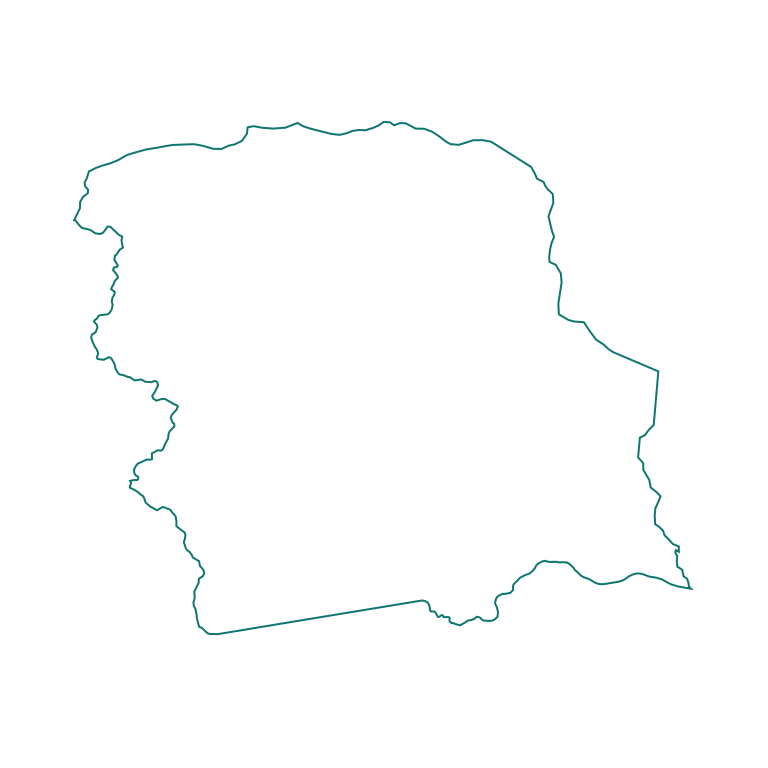 Wapenamanda District, Enga, Papua New Guinea (Robinson projection), rotated 94°
{"feature_id": "67681753B41439794831053", "entity_name": "Wapenamanda District", "entity_type": "district", "adm_level": 2, "iso_a3": "PNG", "parent_name": "Papua New Guinea", "parent_adm1": "Enga", "projection": "robinson", "projection_center": [143.904, -5.661], "detail": "fine", "context": "isolated", "style": "outline", "palette": "teal", "viewbox_px": 768, "rotation_deg": 94, "n_neighbors": 0, "source": "geoboundaries", "source_scale": "gbopen_adm2", "svg_char_len": 5182}
<svg xmlns="http://www.w3.org/2000/svg" viewBox="0 0 768 768"><g transform="rotate(94 384 384)"><path d="M242.1,704.5L242.0,703.4L245.9,700.1L249.2,696.5L249.9,693.3L250.7,687.9L253.8,682.6L254.2,677.8L252.7,674.8L248.7,672.2L246.2,670.6L246.3,667.9L254.0,658.5L254.5,656.6L255.4,655.5L259.0,655.9L266.2,654.0L268.5,657.1L273.4,659.7L274.9,661.5L275.7,661.4L278.9,661.6L284.2,657.9L285.7,658.4L286.8,661.7L289.4,662.2L291.5,660.0L293.8,658.0L296.0,656.8L297.9,658.0L300.1,659.9L302.8,660.5L306.3,662.2L308.4,662.8L309.5,661.2L310.7,659.2L313.1,659.0L317.2,661.0L320.8,661.3L324.3,660.2L328.8,660.9L332.6,663.0L333.8,664.8L335.2,672.2L336.3,673.9L338.6,674.7L340.3,676.9L342.0,677.7L343.8,675.8L345.3,674.4L347.7,673.8L352.5,675.3L355.1,678.8L358.1,679.4L361.1,678.1L365.9,675.8L369.6,673.0L372.2,671.7L374.1,671.3L377.3,672.4L378.9,671.5L379.4,667.1L379.4,665.3L376.4,660.3L377.3,658.0L381.6,654.9L383.8,653.9L387.4,652.9L390.6,650.9L392.8,648.8L393.6,643.7L394.8,640.3L395.1,637.6L396.4,635.5L397.8,633.1L397.3,629.9L396.4,627.1L397.3,624.5L398.4,622.4L398.4,616.0L397.0,613.0L397.1,611.5L398.8,609.9L401.4,609.4L407.4,611.8L412.2,614.4L414.7,613.1L416.5,609.8L414.5,604.8L414.1,601.8L415.4,598.9L418.6,592.4L419.7,589.2L420.7,588.1L423.9,589.1L429.7,593.6L432.6,594.4L436.9,592.4L438.4,590.6L440.7,590.1L446.3,594.6L449.0,595.4L453.6,595.6L458.4,597.9L464.5,600.0L466.1,601.7L465.8,604.9L469.4,610.7L475.0,610.2L476.0,612.3L475.8,615.2L480.6,624.0L483.6,626.1L487.0,627.4L490.0,626.9L492.2,625.7L493.8,622.8L495.7,622.6L497.0,623.4L497.3,627.0L498.4,630.6L500.4,629.3L503.5,630.4L505.1,630.3L507.2,625.3L508.9,622.1L511.2,619.2L512.6,616.6L515.4,614.9L518.9,613.6L522.5,608.7L525.8,601.5L522.2,596.4L522.3,595.2L524.3,588.5L527.0,586.2L530.5,582.7L535.4,581.5L540.3,581.2L544.0,575.8L546.0,572.6L548.1,571.6L552.0,571.7L555.3,572.6L556.3,572.4L561.9,570.1L563.6,568.7L565.3,566.0L568.1,563.7L570.4,562.6L573.7,556.1L578.2,555.0L582.3,551.0L585.4,550.2L588.2,551.2L589.9,553.4L591.2,555.1L595.7,555.1L604.3,558.8L610.9,557.9L615.5,558.9L618.7,558.2L621.8,556.3L627.7,554.7L630.1,554.5L639.1,551.5L640.0,548.7L645.0,542.6L645.5,540.2L645.1,532.3L621.6,433.5L597.7,332.6L597.3,331.3L597.4,330.5L597.4,330.0L597.5,328.9L597.6,327.9L598.0,327.2L598.4,326.3L598.9,325.4L599.9,324.4L601.2,323.6L605.6,322.4L606.5,322.3L607.6,321.3L607.5,320.3L607.5,318.5L607.8,317.3L608.9,316.3L611.1,314.9L611.9,314.5L612.7,313.6L612.4,312.7L610.4,310.2L611.1,308.9L612.3,308.2L612.3,306.9L612.1,304.7L612.0,303.1L612.9,302.2L613.8,302.1L615.4,302.2L616.5,301.9L616.9,300.8L617.9,300.0L617.5,298.5L617.9,297.7L618.2,297.0L619.4,291.5L619.4,291.2L618.4,289.7L615.4,285.2L614.3,284.0L613.6,282.0L613.5,280.4L612.8,279.7L612.5,278.1L611.4,276.9L611.1,276.9L609.7,275.0L610.0,273.0L610.6,271.4L612.0,270.2L612.7,269.0L613.0,267.9L613.0,262.0L612.6,260.0L611.5,257.6L608.5,254.6L604.0,254.3L599.3,255.6L595.3,257.8L593.8,257.9L590.4,257.2L588.3,256.1L587.2,254.9L585.1,251.0L585.1,249.4L583.6,243.5L582.6,242.6L580.2,240.7L577.1,241.3L575.3,240.9L573.2,239.4L570.4,236.7L569.0,235.9L567.2,234.0L564.3,228.9L563.2,226.0L560.3,222.9L557.5,220.8L555.9,220.1L553.9,219.2L552.8,218.1L552.8,217.7L552.4,217.3L552.1,217.3L551.7,216.9L549.3,212.2L549.2,210.3L549.9,208.3L549.8,203.2L549.5,202.8L549.4,198.1L549.8,197.7L549.7,195.3L549.4,194.9L549.3,189.0L551.0,185.8L554.1,182.2L556.1,180.6L561.3,174.2L562.6,171.9L564.3,165.9L567.3,160.0L568.3,156.8L568.6,154.0L568.2,150.1L564.9,136.4L563.5,132.5L561.7,129.8L558.6,125.9L556.4,122.0L555.3,118.5L555.3,114.1L557.6,105.8L558.2,99.1L559.5,93.2L562.9,86.0L563.9,83.3L565.5,76.2L566.8,63.5L564.9,65.7L561.9,66.2L557.2,68.0L555.0,71.7L548.5,73.6L545.7,78.7L540.9,79.5L535.2,79.5L531.9,81.6L529.4,81.3L530.8,78.2L525.5,78.6L523.5,84.7L518.8,89.5L515.3,93.6L510.9,95.4L507.2,99.7L504.8,103.8L496.1,104.8L489.0,104.6L483.3,102.4L476.7,100.3L472.5,105.0L468.6,110.8L461.2,112.7L456.4,116.0L451.5,119.3L444.8,120.0L439.5,125.4L419.7,125.0L416.7,120.0L411.4,116.8L406.2,112.1L352.3,111.2L336.1,158.0L333.5,162.5L329.3,167.7L325.2,175.2L317.6,181.9L308.4,188.9L308.4,198.7L307.3,204.4L302.3,214.4L291.7,215.7L270.2,213.9L261.2,215.4L253.1,221.0L250.7,227.3L246.5,228.1L241.5,227.9L237.2,227.6L231.5,226.6L225.3,224.6L219.7,227.1L216.2,228.2L205.3,231.6L191.4,227.7L182.8,228.9L178.5,234.0L175.3,236.9L171.4,238.8L168.5,245.7L163.4,248.3L157.2,252.4L134.8,294.1L133.9,302.8L134.6,312.0L137.5,319.1L140.2,326.3L140.1,334.4L137.7,339.4L132.8,346.7L129.0,353.6L126.6,361.5L127.0,370.4L125.5,373.5L122.5,380.3L122.5,385.9L125.2,392.0L122.6,396.1L122.5,402.5L126.6,407.7L129.3,412.8L132.2,420.4L132.3,426.8L133.8,433.2L136.5,438.8L138.6,445.8L138.2,454.2L136.9,461.1L135.6,468.6L134.2,476.0L132.5,482.7L129.6,488.5L135.2,500.3L136.9,512.2L136.9,523.0L135.9,532.0L137.4,537.9L144.0,538.2L151.5,542.8L155.4,549.8L157.2,555.8L160.8,562.3L161.3,570.8L159.1,581.0L158.0,590.2L159.4,603.7L160.3,611.5L162.1,619.4L164.4,627.9L166.6,637.5L170.0,647.2L173.6,656.7L179.0,664.5L183.1,672.8L185.7,680.0L188.6,686.6L192.6,693.2L199.8,694.9L203.8,696.7L207.5,696.1L210.9,692.7L214.4,692.8L218.3,697.3L223.6,699.8L230.0,699.6L242.1,704.5Z" fill="none" stroke="#0f766e" stroke-width="2"/></g></svg>